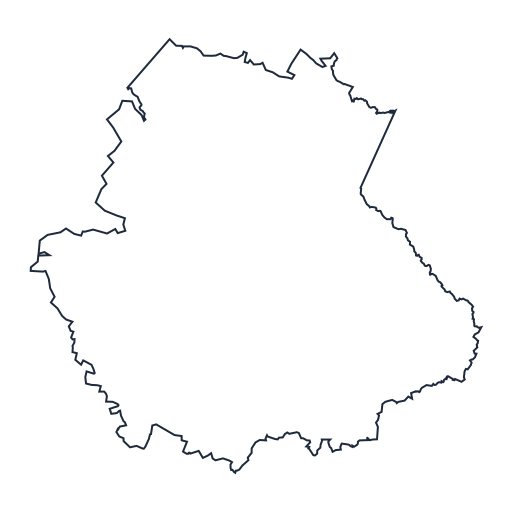 the district of Pixley ka Seme, Northern Cape, South Africa
{"feature_id": "47623444B63696254381244", "entity_name": "Pixley ka Seme", "entity_type": "district", "adm_level": 2, "iso_a3": "ZAF", "parent_name": "South Africa", "parent_adm1": "Northern Cape", "projection": "natural_earth1", "projection_center": [24.003, -30.211], "detail": "fine", "context": "isolated", "style": "outline", "palette": "slate", "viewbox_px": 512, "rotation_deg": 0, "n_neighbors": 0, "source": "geoboundaries", "source_scale": "gbopen_adm2", "svg_char_len": 5996}
<svg xmlns="http://www.w3.org/2000/svg" viewBox="0 0 512 512"><path d="M372.6,439.5L377.0,439.3L377.9,426.9L376.0,422.6L378.1,419.7L379.0,415.4L377.6,413.9L381.6,411.9L382.4,404.2L385.3,401.8L392.2,399.9L396.2,402.0L396.8,403.1L398.2,401.9L404.6,400.6L408.3,396.6L412.1,398.7L411.1,393.1L415.7,391.3L415.9,391.7L418.2,391.3L419.2,392.1L420.0,391.5L420.7,389.4L421.9,387.8L426.5,385.1L431.8,385.9L433.3,383.9L434.4,385.0L436.0,384.7L437.5,383.0L439.0,382.2L441.2,382.6L441.5,381.2L443.0,382.2L443.7,381.6L443.9,380.1L445.2,379.0L446.5,379.2L447.0,377.9L446.4,377.6L447.1,376.4L448.0,376.2L453.0,379.1L452.8,379.9L454.5,380.2L455.1,379.0L461.5,381.8L464.7,379.5L463.9,377.2L464.6,371.3L465.9,368.9L467.7,369.3L470.8,365.1L471.6,362.6L470.0,360.4L471.5,359.5L472.6,359.5L474.9,357.4L476.4,353.7L474.7,353.6L473.7,350.8L477.3,347.4L476.9,346.7L477.1,345.7L476.7,344.6L477.7,343.2L478.1,340.7L477.1,340.3L476.3,339.1L473.4,336.9L474.8,334.4L478.5,332.4L481.3,327.2L478.8,327.8L477.2,326.9L476.8,326.3L475.0,326.4L474.3,325.7L474.3,323.3L473.7,321.4L474.0,319.5L473.7,318.9L472.6,318.7L473.0,317.2L472.4,314.0L473.5,312.7L473.5,311.9L472.2,310.8L472.0,308.3L473.1,306.7L471.7,304.8L468.5,302.1L468.2,301.1L466.9,300.3L466.3,300.4L463.1,298.6L461.5,299.4L459.6,298.6L458.7,300.4L456.8,300.9L454.7,298.7L454.2,296.9L451.8,293.8L450.6,293.1L449.8,291.5L447.3,292.1L445.2,291.3L444.6,289.5L441.5,286.5L441.6,285.7L442.4,285.3L442.0,284.4L440.2,282.2L438.8,281.7L437.6,280.3L435.7,275.8L432.6,273.9L431.3,273.9L430.5,274.7L430.0,274.6L429.8,272.4L430.5,271.4L430.9,268.9L429.7,265.3L428.5,264.9L426.5,266.1L424.8,265.7L423.8,263.7L422.5,262.9L420.8,261.0L420.8,260.4L421.7,259.4L421.6,257.9L419.6,256.8L418.7,254.7L418.2,254.8L417.2,255.8L416.1,255.5L415.7,252.7L414.3,251.4L414.2,249.6L413.3,246.6L409.9,244.6L410.0,241.8L407.9,240.2L407.5,238.5L405.9,236.5L406.0,234.3L406.9,232.9L405.5,230.0L401.1,228.8L398.4,229.2L393.5,227.1L392.3,223.0L392.8,219.0L392.5,218.1L391.3,217.7L390.5,219.2L386.8,219.2L384.4,217.4L382.4,215.1L380.6,211.1L379.9,210.8L378.3,211.1L376.2,210.1L376.3,208.5L375.7,207.6L371.8,206.9L369.8,207.4L369.4,206.3L366.9,204.3L364.6,199.9L363.4,196.6L360.9,194.4L360.7,193.5L361.2,188.6L360.5,187.9L395.4,110.6L394.1,111.3L393.3,110.8L393.0,112.0L392.1,112.9L391.7,112.2L391.7,110.8L390.6,110.6L390.0,111.0L390.4,112.0L390.2,112.6L388.4,112.0L384.5,113.0L383.3,112.6L380.1,113.1L379.6,112.6L376.7,113.7L376.1,112.9L377.3,111.3L377.3,109.6L376.0,108.9L374.8,107.1L372.7,107.1L371.0,107.8L369.4,107.1L367.1,103.3L367.0,101.8L365.4,100.3L364.3,100.7L363.3,99.3L361.5,99.1L361.0,98.5L358.1,99.3L356.8,98.1L355.9,99.0L354.4,98.7L353.8,101.5L353.1,101.5L352.5,100.6L351.9,101.0L350.2,95.4L349.5,94.6L349.1,93.0L352.8,87.0L344.6,84.0L343.9,84.3L339.7,81.8L337.6,81.0L336.4,80.1L333.4,75.0L332.9,72.0L333.1,71.1L331.8,69.1L331.4,66.4L333.8,65.7L333.8,64.1L334.7,61.4L336.5,60.1L336.5,59.5L337.4,58.3L334.2,53.2L330.2,58.3L320.4,58.7L321.5,60.7L325.6,65.9L322.4,67.0L316.2,63.4L313.3,60.1L310.5,58.0L306.5,54.0L300.6,49.6L291.3,63.8L287.4,71.6L294.4,75.1L291.9,78.8L288.3,77.7L279.2,76.4L272.8,72.3L265.8,70.0L262.6,62.8L260.2,64.1L253.8,64.5L250.1,60.1L247.9,62.9L244.7,62.0L245.3,58.5L246.8,53.1L243.7,51.7L242.7,54.7L237.3,57.9L234.1,58.2L225.7,56.0L223.8,55.9L220.4,53.6L215.9,55.5L211.8,55.8L203.6,55.6L200.5,51.2L196.9,48.3L190.5,46.4L183.8,46.4L182.9,47.9L182.0,45.9L176.1,45.7L169.6,39.2L127.4,87.8L128.2,89.2L129.4,88.1L131.2,88.4L132.1,92.0L133.0,93.6L134.4,94.9L137.6,96.8L139.4,101.4L141.4,104.3L141.4,105.3L139.7,107.1L139.6,107.7L140.4,109.7L142.8,111.1L143.5,112.4L144.7,113.5L143.9,117.1L145.4,119.5L144.0,120.8L141.6,115.1L135.1,108.9L132.0,101.4L122.3,100.8L119.1,109.3L107.0,119.4L113.2,127.6L121.3,141.5L114.5,150.8L107.9,156.0L113.4,162.5L101.9,175.7L106.5,183.9L101.4,189.1L95.7,202.5L104.8,210.7L116.4,215.4L124.9,218.2L123.3,224.5L125.3,230.8L117.7,233.1L115.3,229.0L107.0,233.5L93.1,229.6L84.9,231.7L82.8,231.5L81.1,235.6L74.2,233.9L66.0,228.5L60.5,232.3L47.6,234.9L39.8,240.6L38.6,253.7L44.5,252.1L49.4,255.2L38.3,255.6L37.7,261.6L30.9,267.2L30.7,270.9L43.0,271.6L45.5,271.0L48.8,278.9L50.2,288.3L54.6,296.8L50.9,302.5L57.5,308.4L62.1,315.9L66.1,319.5L72.4,321.7L68.8,326.3L70.6,330.8L73.4,331.7L71.1,337.5L72.6,339.4L74.5,339.1L74.4,342.4L72.5,346.0L72.8,347.6L72.5,352.1L76.8,353.2L75.3,359.8L81.1,364.7L83.2,360.4L91.5,364.8L93.2,368.4L94.7,373.0L93.9,373.7L86.6,371.4L85.3,377.0L86.0,383.5L91.5,384.9L97.2,385.2L100.8,386.1L99.3,391.6L104.2,391.6L106.0,393.7L106.9,396.2L106.1,401.6L112.7,401.8L117.7,404.1L118.5,405.1L118.0,406.1L109.7,408.8L111.3,413.8L116.8,413.1L119.3,410.8L120.1,410.6L121.0,415.7L123.6,421.3L124.9,422.3L126.1,425.3L119.8,426.6L118.1,429.4L117.8,429.0L116.4,432.0L119.3,436.5L123.5,438.2L123.6,441.1L130.0,447.3L136.6,445.9L143.0,448.7L143.8,448.7L145.4,446.6L148.8,439.1L150.0,434.4L151.0,434.1L152.3,425.5L156.2,424.4L174.6,435.1L181.6,436.0L181.7,440.3L187.0,441.7L183.0,451.6L186.7,453.8L188.2,453.8L188.7,452.8L189.7,452.7L190.3,453.6L198.7,450.9L202.9,457.9L207.8,455.6L211.1,453.2L212.7,458.5L215.5,460.3L222.9,458.4L229.2,460.5L232.0,462.1L230.5,464.5L230.6,468.1L231.2,470.0L232.4,469.8L234.1,472.1L235.2,472.8L235.8,470.7L237.2,470.6L239.3,469.6L242.4,465.5L248.4,460.2L247.8,457.6L251.6,452.9L251.7,448.3L255.5,442.4L259.8,440.0L266.0,440.4L265.5,438.6L267.0,435.3L267.6,436.5L275.0,439.0L277.7,439.4L278.9,437.7L282.8,437.4L284.8,434.1L287.3,432.5L289.3,433.8L296.9,432.2L298.9,433.1L301.1,438.2L303.2,438.3L307.0,440.4L309.6,440.5L310.2,442.3L306.3,446.5L309.2,447.0L308.4,448.5L309.2,448.9L313.3,455.1L314.9,455.5L317.1,453.7L317.3,450.4L320.3,447.7L320.6,444.8L322.1,440.6L321.8,439.5L330.2,439.5L328.4,441.4L328.3,442.4L329.8,447.0L331.1,448.0L332.6,451.8L335.7,450.1L340.8,449.6L340.3,447.0L341.7,443.6L348.1,444.5L349.6,445.1L350.4,446.1L352.4,446.9L352.4,445.6L354.1,446.7L357.1,444.8L357.8,443.8L358.0,441.6L359.6,440.4L367.9,440.1L366.9,437.3L369.7,440.2L372.6,439.5Z" fill="none" stroke="#1e293b" stroke-width="2"/></svg>